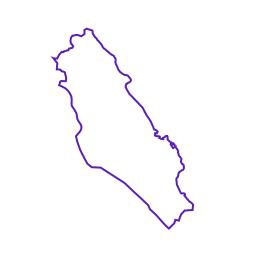 outline of Daugmales pag., Kekavas, Latvia, rotated 219°
{"feature_id": "27541924B86442944632001", "entity_name": "Daugmales pag.", "entity_type": "district", "adm_level": 2, "iso_a3": "LVA", "parent_name": "Latvia", "parent_adm1": "Kekavas", "projection": "robinson", "projection_center": [24.43, 56.799], "detail": "fine", "context": "isolated", "style": "outline", "palette": "violet", "viewbox_px": 256, "rotation_deg": 219, "n_neighbors": 0, "source": "geoboundaries", "source_scale": "gbopen_adm2", "svg_char_len": 5311}
<svg xmlns="http://www.w3.org/2000/svg" viewBox="0 0 256 256"><g transform="rotate(219 128 128)"><path d="M131.5,74.7L124.3,80.0L96.1,83.1L84.7,82.2L75.1,81.6L63.6,80.7L60.0,78.7L51.3,78.1L43.0,76.7L37.5,75.9L32.9,75.6L32.1,83.0L32.1,83.3L32.4,83.8L32.5,84.0L32.6,84.3L32.7,84.6L32.7,84.8L32.7,85.0L32.8,85.1L33.1,86.0L33.4,86.5L32.5,87.0L31.7,87.3L31.0,87.6L30.2,87.9L30.6,89.2L31.4,91.2L31.6,92.0L32.2,93.9L32.4,94.2L32.3,95.9L32.1,97.9L32.1,99.5L31.1,100.2L30.5,100.8L29.8,101.6L29.5,102.0L28.3,103.0L27.7,103.6L26.2,104.9L27.1,106.2L29.2,109.4L31.3,109.7L31.7,109.8L33.9,109.5L34.3,109.5L36.6,110.0L36.9,110.0L38.4,110.3L39.1,110.5L40.9,110.8L41.4,110.9L41.5,110.9L41.5,111.0L41.5,111.4L41.5,111.8L41.5,112.0L41.8,112.2L42.1,112.4L42.2,112.5L42.5,112.5L42.8,112.5L43.2,112.5L43.4,112.5L43.6,112.4L44.0,111.9L44.9,111.0L45.1,110.8L45.4,110.8L45.8,110.8L46.2,110.8L48.3,111.8L49.3,112.3L51.0,113.1L54.3,114.7L55.3,115.7L56.9,117.3L57.9,118.3L58.5,119.0L58.6,119.4L58.6,119.5L58.6,119.8L58.6,120.1L58.6,120.4L58.6,120.9L58.6,121.1L58.7,121.4L58.6,121.6L58.7,121.8L58.9,122.2L59.0,122.5L59.1,122.8L59.4,123.1L59.5,123.4L59.8,123.9L60.0,124.4L60.2,124.8L60.5,125.3L60.5,125.7L60.0,127.1L59.7,128.1L59.4,129.2L59.1,129.6L58.9,130.2L59.0,131.0L59.1,131.5L59.2,131.8L59.3,131.9L59.7,132.5L59.9,132.8L60.0,132.9L60.4,133.1L60.5,133.1L60.7,133.5L60.8,133.7L60.9,133.8L61.1,133.9L62.1,134.4L63.5,134.1L65.6,135.0L66.8,137.4L67.2,137.6L68.1,137.9L68.6,138.1L68.8,138.2L69.9,138.4L70.7,138.5L70.9,138.6L71.2,138.7L71.9,139.2L73.5,140.3L73.8,140.5L74.0,141.0L74.4,141.5L74.5,141.7L76.1,142.3L76.6,142.5L78.4,143.0L78.6,143.0L79.0,143.3L79.3,143.6L79.6,142.9L80.4,140.7L84.5,142.1L84.8,142.4L84.9,142.6L84.4,143.4L83.7,143.4L83.2,143.5L82.8,143.6L82.6,143.6L82.4,143.7L81.4,144.1L81.2,144.1L81.3,144.3L83.3,144.6L83.7,144.3L83.8,144.3L84.3,144.1L84.6,144.1L84.8,144.0L85.1,144.0L85.4,144.0L85.7,143.9L86.3,143.8L87.5,143.7L88.5,143.8L89.1,143.9L90.1,144.0L90.4,144.3L90.6,144.9L91.6,145.9L92.5,146.5L92.7,146.3L93.3,145.8L93.5,145.6L93.9,143.8L94.2,143.0L94.4,142.4L94.5,142.3L94.4,142.2L94.1,142.0L93.6,141.5L95.0,140.5L97.3,140.0L97.2,140.6L97.9,141.3L98.9,141.0L100.7,139.6L102.0,139.1L102.7,139.4L103.0,140.1L103.6,141.2L102.2,141.9L102.3,142.6L102.8,144.0L105.7,143.9L106.6,143.3L106.8,143.4L107.6,143.7L107.9,143.9L108.8,144.5L114.9,147.6L118.9,148.8L121.4,149.5L123.9,150.6L124.0,150.6L124.7,150.9L124.8,150.9L124.8,151.0L129.5,153.0L131.3,153.2L135.8,153.8L137.1,154.0L137.5,154.1L138.1,154.1L140.4,154.4L140.5,154.4L144.4,154.9L148.3,155.4L148.9,155.6L149.0,155.6L153.6,157.4L155.6,158.3L155.6,158.5L155.8,158.7L155.9,158.9L156.1,159.1L156.3,159.3L156.4,159.5L156.5,159.6L156.5,159.9L156.7,160.3L156.9,160.9L157.0,161.0L156.9,161.2L156.9,161.4L156.6,161.8L156.6,162.0L156.6,162.6L156.6,162.8L156.4,163.1L156.2,163.4L155.8,164.1L155.6,164.6L155.5,165.2L155.5,165.6L155.5,166.3L155.6,166.6L155.8,167.0L156.1,167.2L156.5,167.6L156.8,167.7L157.8,167.9L158.5,168.1L159.3,168.2L160.1,168.4L160.5,168.5L161.4,168.5L161.8,168.4L162.1,168.3L163.8,167.2L164.2,167.1L164.5,167.0L165.1,167.0L165.8,166.8L166.6,166.7L166.9,166.6L167.4,166.6L167.9,166.7L169.1,166.6L169.7,166.6L172.0,167.3L172.7,167.6L173.5,168.0L174.3,168.5L175.5,169.2L176.1,169.4L177.2,169.9L177.7,170.1L177.8,170.2L178.4,170.7L179.2,171.1L179.5,171.5L179.9,172.4L180.5,173.1L181.0,173.7L181.4,174.0L181.7,174.2L183.1,174.5L183.8,174.8L184.2,175.0L184.6,175.1L185.0,175.1L185.5,175.0L186.2,174.8L186.7,174.7L187.5,174.7L189.0,174.5L189.5,174.6L191.5,174.8L191.9,174.8L193.1,174.6L193.5,174.7L194.1,174.8L194.4,174.8L196.7,174.7L197.0,174.7L197.7,174.8L198.4,174.9L198.8,175.1L199.2,175.3L199.9,175.7L200.3,175.8L200.7,175.9L200.8,176.0L201.0,176.1L201.3,176.3L201.8,176.3L202.9,176.4L203.4,176.5L203.7,176.5L204.5,176.9L205.0,177.0L206.0,177.0L206.9,177.1L207.3,177.1L207.6,177.3L208.3,177.6L208.7,177.7L209.3,177.8L211.1,177.9L212.9,178.6L213.5,178.8L214.4,179.0L214.6,179.1L215.1,179.6L215.8,180.1L216.3,180.8L216.9,181.2L217.2,181.3L222.7,179.1L223.5,176.6L220.9,173.6L222.1,169.9L226.2,168.4L229.3,164.6L229.1,162.2L227.5,159.4L227.0,159.1L225.5,157.7L224.9,157.8L222.1,157.1L221.7,155.4L223.8,152.5L223.3,151.5L223.4,150.8L224.1,150.2L224.4,149.5L224.6,149.1L224.9,148.7L225.6,147.8L226.1,147.1L225.9,146.5L226.2,146.0L227.4,145.5L227.5,143.9L227.6,143.1L227.7,141.8L227.5,141.2L227.3,140.0L227.0,138.7L226.8,137.3L229.5,135.4L229.8,135.3L223.8,133.9L223.6,133.7L220.2,128.7L219.2,129.6L217.1,130.8L215.4,130.3L214.3,130.9L212.6,131.5L212.1,131.5L211.3,130.8L208.0,128.4L207.0,127.2L206.5,126.5L206.4,126.2L205.8,125.3L205.8,125.2L207.9,123.6L208.0,123.5L208.2,123.4L209.4,122.5L209.5,122.5L209.9,121.3L209.8,121.0L209.7,120.7L209.3,120.3L209.2,120.0L208.5,118.4L208.4,117.9L205.8,118.6L202.1,119.4L199.1,119.3L196.7,118.9L193.8,117.8L192.4,117.1L190.8,115.9L189.3,114.2L188.1,112.6L186.7,110.9L185.9,110.0L183.9,109.3L180.3,108.2L178.0,107.2L177.1,106.8L175.7,105.5L174.5,104.4L173.2,103.3L171.7,102.5L169.9,101.9L168.2,101.4L167.0,100.9L166.0,100.4L165.2,99.9L164.6,99.1L163.7,97.8L163.3,96.4L163.2,95.1L163.1,94.1L163.2,92.8L163.2,91.4L163.3,89.0L161.3,87.3L158.7,85.4L153.9,82.4L151.4,80.9L149.5,80.0L147.2,79.0L144.8,78.0L143.0,77.1L140.1,75.9L137.9,75.0L137.3,74.7L134.7,74.7L131.5,74.7Z" fill="none" stroke="#5b21b6" stroke-width="2"/></g></svg>